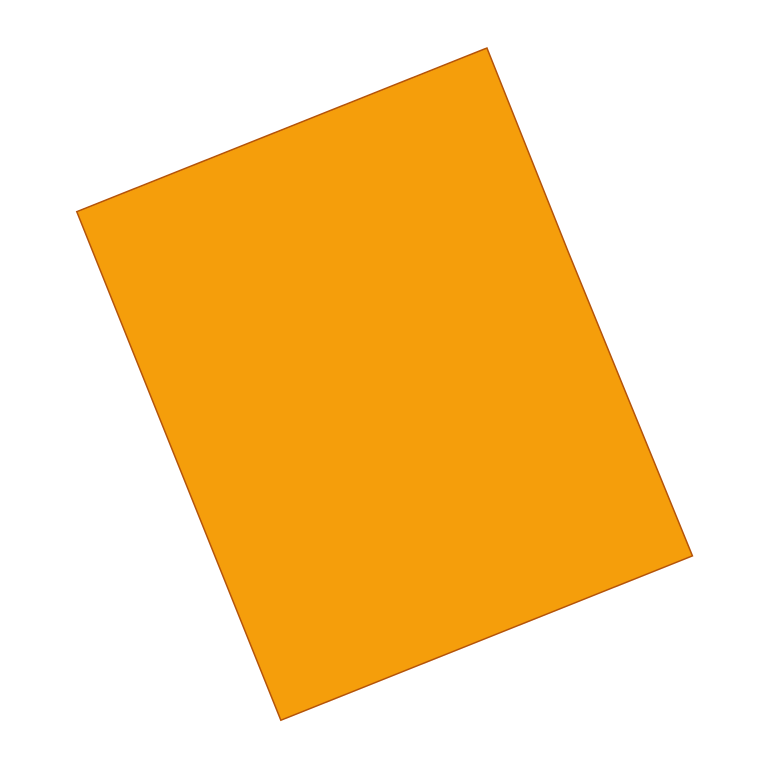 outline of Crawford, Iowa, United States of America, rotated 248°
{"feature_id": "52423323B13342583421371", "entity_name": "Crawford", "entity_type": "district", "adm_level": 2, "iso_a3": "USA", "parent_name": "United States of America", "parent_adm1": "Iowa", "projection": "mercator", "projection_center": [-95.353, 42.037], "detail": "fine", "context": "isolated", "style": "filled", "palette": "amber", "viewbox_px": 768, "rotation_deg": 248, "n_neighbors": 0, "source": "geoboundaries", "source_scale": "gbopen_adm2", "svg_char_len": 267}
<svg xmlns="http://www.w3.org/2000/svg" viewBox="0 0 768 768"><g transform="rotate(248 384 384)"><path d="M658.9,163.7L439.1,163.1L110.9,162.4L109.1,605.6L218.2,605.2L437.8,604.3L657.0,605.3L658.9,163.7Z" fill="#f59e0b" stroke="#b45309" stroke-width="1.5"/></g></svg>